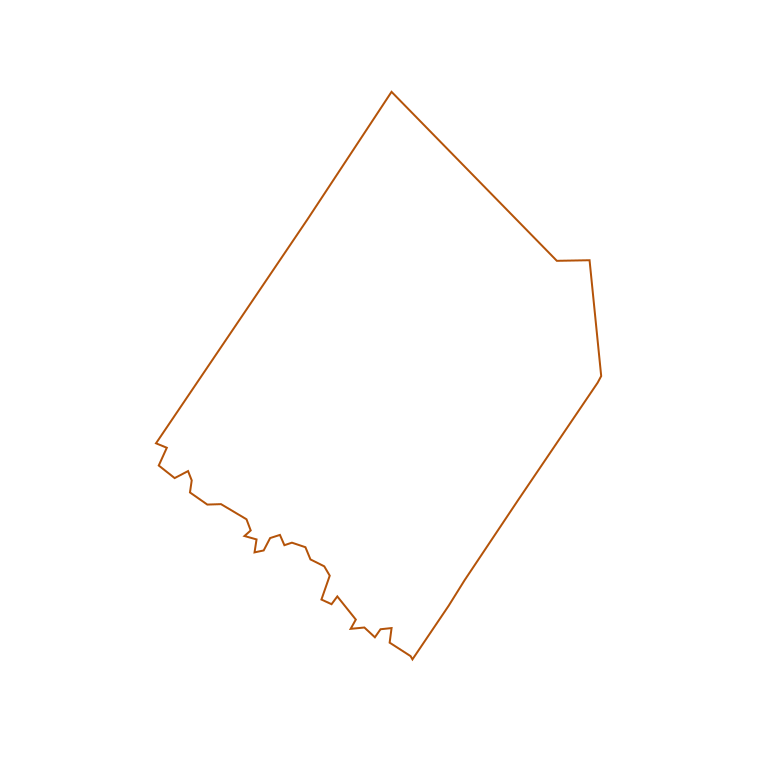 outline of Milam, Texas, United States of America, rotated 155°
{"feature_id": "52423323B14814081114413", "entity_name": "Milam", "entity_type": "district", "adm_level": 2, "iso_a3": "USA", "parent_name": "United States of America", "parent_adm1": "Texas", "projection": "robinson", "projection_center": [-96.814, 30.784], "detail": "fine", "context": "isolated", "style": "outline", "palette": "amber", "viewbox_px": 768, "rotation_deg": 155, "n_neighbors": 0, "source": "geoboundaries", "source_scale": "gbopen_adm2", "svg_char_len": 706}
<svg xmlns="http://www.w3.org/2000/svg" viewBox="0 0 768 768"><g transform="rotate(155 384 384)"><path d="M253.7,645.6L383.7,565.6L615.7,426.6L607.8,418.0L622.6,405.3L613.5,387.2L598.4,387.9L599.0,377.9L605.7,367.7L595.1,349.4L582.5,344.0L565.8,319.5L566.7,307.6L574.7,305.2L565.2,297.0L572.5,286.1L563.4,284.0L552.3,292.5L542.1,291.2L542.4,280.0L534.5,279.1L524.2,269.3L524.8,256.1L515.2,244.0L514.2,233.2L531.8,215.1L524.6,206.6L516.1,211.2L509.1,182.4L517.7,176.2L504.7,171.6L499.3,158.3L490.8,163.2L480.3,159.6L488.2,147.2L474.9,126.1L474.6,122.4L419.1,155.7L393.9,172.1L311.7,222.0L189.8,294.9L183.8,299.4L145.4,409.3L175.3,422.6L253.7,645.6Z" fill="none" stroke="#b45309" stroke-width="2"/></g></svg>